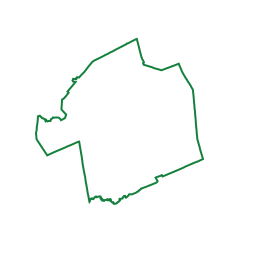 the district of Sarbeni, Teleorman, Romania, rotated 128°
{"feature_id": "2599482B36537756956873", "entity_name": "Sarbeni", "entity_type": "district", "adm_level": 2, "iso_a3": "ROU", "parent_name": "Romania", "parent_adm1": "Teleorman", "projection": "equal_earth", "projection_center": [25.419, 44.486], "detail": "fine", "context": "isolated", "style": "outline", "palette": "green", "viewbox_px": 256, "rotation_deg": 128, "n_neighbors": 0, "source": "geoboundaries", "source_scale": "gbopen_adm2", "svg_char_len": 5588}
<svg xmlns="http://www.w3.org/2000/svg" viewBox="0 0 256 256"><g transform="rotate(128 128 128)"><path d="M199.3,174.8L196.1,173.2L190.8,170.4L183.1,166.1L179.6,164.3L176.0,162.2L172.0,160.1L169.6,158.8L168.8,158.1L171.1,155.6L175.0,151.3L175.9,150.4L179.0,146.9L182.3,143.5L183.1,142.8L184.0,141.9L187.5,138.0L189.0,136.3L190.0,135.2L190.6,134.4L191.6,133.3L192.9,131.7L195.6,129.0L199.9,124.2L200.8,123.2L202.6,121.3L203.0,120.8L204.4,119.4L205.0,118.6L206.2,117.1L207.7,115.5L208.6,114.6L209.9,112.9L209.6,112.9L208.7,113.0L208.5,113.3L208.5,113.7L208.5,113.9L208.2,114.0L207.5,114.1L207.1,114.1L206.7,113.8L206.5,113.7L206.5,113.3L206.4,113.2L206.0,113.2L205.8,113.2L205.7,113.1L206.0,112.7L205.9,112.5L205.4,112.5L205.3,112.3L205.3,112.1L205.5,111.7L205.4,111.5L205.2,111.5L205.0,111.9L204.9,111.9L204.5,111.6L204.2,111.5L203.4,111.6L203.1,111.6L202.4,111.5L202.1,111.4L202.0,111.1L202.1,110.5L202.0,110.2L201.9,110.1L201.2,110.2L201.1,109.8L200.7,109.3L199.3,108.2L198.9,107.6L199.0,107.2L199.2,106.8L199.5,106.6L199.9,106.6L200.1,106.5L200.0,106.4L199.9,106.2L199.7,106.0L199.7,105.8L199.7,105.7L200.0,105.7L200.3,105.6L200.5,105.5L200.6,105.4L200.1,105.1L200.0,104.8L200.1,104.7L200.4,104.8L200.5,104.7L200.3,104.2L200.2,104.1L200.3,104.0L200.5,104.0L200.8,104.0L200.9,103.9L201.0,103.8L200.9,103.7L200.3,103.3L200.2,103.2L200.6,102.9L200.6,102.7L200.1,102.0L199.9,101.9L199.6,101.8L199.2,101.9L198.9,101.8L198.7,101.6L198.5,101.2L196.9,100.4L196.7,100.3L196.7,100.2L197.3,99.7L197.5,99.5L197.4,99.3L197.1,99.0L197.0,98.9L196.6,99.1L196.3,99.1L196.1,99.1L195.6,98.8L195.1,98.5L195.0,98.4L194.9,98.3L195.0,97.9L195.0,97.4L195.3,97.2L195.6,97.3L195.8,97.3L196.0,97.2L195.8,96.9L195.7,96.7L195.9,96.4L196.1,96.3L196.3,96.2L196.2,95.8L196.2,95.5L196.2,95.2L196.3,94.9L196.4,94.4L196.3,94.2L195.7,94.0L195.6,93.9L195.8,93.5L196.4,93.0L196.4,92.8L196.4,92.7L196.0,92.7L195.9,92.6L196.1,92.0L196.0,91.8L195.7,91.5L194.9,91.0L194.2,90.5L194.0,90.4L193.8,90.4L193.4,90.6L192.9,90.5L192.7,90.5L192.4,90.2L191.9,90.0L190.1,89.8L190.1,90.4L189.5,90.8L189.1,91.0L188.9,91.0L188.7,90.9L188.6,90.7L188.5,90.3L188.4,90.1L187.6,89.6L187.2,89.1L186.9,88.9L186.6,89.0L185.7,89.3L184.9,89.4L184.2,89.3L183.9,89.2L183.6,89.0L183.5,88.8L183.3,88.5L183.3,88.3L183.4,88.1L184.0,87.8L184.1,87.6L184.2,87.4L184.3,87.0L184.2,86.8L184.0,86.6L183.2,86.5L183.1,86.4L182.5,86.3L182.3,86.2L182.0,86.3L181.0,86.0L180.5,86.1L180.1,86.3L179.4,86.2L179.0,85.7L178.7,85.2L177.7,83.9L177.4,83.7L176.9,83.5L175.5,82.7L174.6,82.1L173.6,81.7L172.9,81.6L172.5,81.5L172.2,81.3L171.6,80.7L171.4,80.7L170.8,80.9L170.5,81.0L170.2,80.9L169.9,80.7L169.3,80.5L168.5,80.3L168.2,80.2L168.0,80.3L167.8,80.4L163.8,77.9L155.7,73.2L154.7,72.6L153.4,72.0L152.4,71.8L152.1,71.8L151.8,71.9L151.6,72.1L150.1,75.7L148.6,74.9L147.8,74.3L145.9,73.1L144.5,72.5L144.3,72.3L144.3,72.2L144.3,71.9L144.8,71.3L144.9,71.1L144.9,70.9L144.7,70.8L127.9,61.4L124.5,59.6L123.4,59.2L122.5,58.7L114.8,54.5L111.2,52.3L106.3,49.8L104.7,52.0L102.3,55.4L101.7,56.3L100.6,57.8L99.5,59.2L99.0,59.8L97.9,61.3L94.7,65.7L93.6,67.0L93.2,67.3L88.7,71.6L87.4,72.7L86.6,73.6L84.1,75.9L81.9,78.0L80.3,79.3L78.7,80.8L77.2,82.3L73.4,85.7L72.3,86.9L70.9,88.2L67.6,91.2L67.5,91.4L67.2,91.8L65.9,92.8L63.5,95.1L62.7,95.8L61.8,96.7L61.2,97.2L59.6,98.9L58.1,100.2L57.7,100.8L57.4,101.8L55.8,105.4L55.7,105.8L54.9,108.0L54.4,109.7L53.8,111.1L53.6,111.7L53.0,113.5L52.8,114.0L52.4,115.0L51.9,116.4L51.5,117.5L51.4,117.7L51.3,117.9L50.8,119.0L50.0,120.7L48.8,122.8L48.2,123.9L46.7,126.6L46.1,127.6L50.4,130.1L59.3,135.6L59.8,135.9L61.9,137.2L62.7,139.3L63.2,140.4L63.5,141.3L63.8,141.9L64.0,142.3L64.7,144.1L64.8,144.7L65.1,145.3L65.4,146.7L65.5,147.2L65.7,147.7L66.0,148.0L66.4,149.1L66.6,149.9L67.0,150.9L67.4,151.7L68.5,154.6L67.7,155.8L67.6,156.0L67.2,155.8L66.5,155.8L66.2,156.5L65.6,157.4L65.5,157.6L65.1,159.0L64.3,160.2L64.1,160.6L64.0,160.8L60.2,165.8L57.3,169.5L54.0,173.8L52.4,175.9L53.2,176.4L57.6,178.5L61.4,180.2L61.9,180.6L62.1,180.9L62.6,180.8L63.8,181.3L73.3,185.7L77.3,187.4L79.2,188.4L81.8,189.5L85.0,191.1L86.1,191.5L90.9,193.8L96.0,196.3L97.0,196.6L97.8,196.8L103.5,197.0L110.3,196.9L112.7,197.1L113.1,197.2L113.6,197.3L118.4,197.7L119.3,199.4L120.4,199.0L120.6,199.4L121.2,199.1L121.3,199.4L121.8,199.3L123.0,201.5L124.7,200.9L124.7,200.7L125.0,200.4L125.2,200.1L125.0,199.5L124.6,198.7L124.0,197.7L125.9,197.7L136.6,198.1L136.7,197.0L136.8,196.5L137.4,196.5L139.5,196.6L140.7,196.5L143.8,196.7L144.7,196.8L145.9,197.4L146.2,197.4L146.7,197.1L151.2,194.0L153.8,192.3L154.1,192.0L154.4,191.7L155.1,187.5L155.3,186.5L155.4,185.8L155.4,185.1L155.9,184.9L158.5,183.9L158.8,183.8L159.2,183.8L159.4,183.9L160.4,184.4L161.7,184.9L162.1,185.1L162.5,185.4L163.1,185.6L162.7,186.7L162.6,187.1L162.5,188.6L162.5,188.9L162.6,189.1L162.7,189.4L163.0,189.9L164.7,192.0L165.3,192.6L165.6,192.8L165.9,193.6L166.1,193.6L166.4,193.5L166.8,193.5L168.1,194.0L168.6,194.1L168.9,193.8L169.2,193.8L169.9,193.8L170.0,193.7L170.3,193.5L171.5,195.0L172.1,195.3L172.5,195.6L172.5,195.9L172.1,196.9L172.0,197.4L173.2,197.3L172.9,197.8L172.7,198.4L172.3,199.0L172.2,199.2L172.3,199.6L172.6,200.0L172.5,200.4L172.5,200.5L172.6,200.9L173.0,201.3L173.1,201.7L173.1,202.0L172.7,202.9L172.7,203.3L172.9,203.8L172.9,204.0L172.7,204.4L172.6,204.6L172.6,205.0L172.8,205.2L173.0,205.1L173.4,205.5L174.3,206.2L174.5,206.0L175.0,205.6L176.6,204.5L180.2,202.2L180.9,201.9L182.9,200.7L183.6,200.4L184.2,200.0L184.5,199.6L186.8,198.2L188.0,197.7L188.9,197.2L189.4,196.8L189.8,196.4L190.0,196.0L192.8,193.5L193.1,193.1L193.7,191.5L199.3,174.8Z" fill="none" stroke="#15803d" stroke-width="2"/></g></svg>